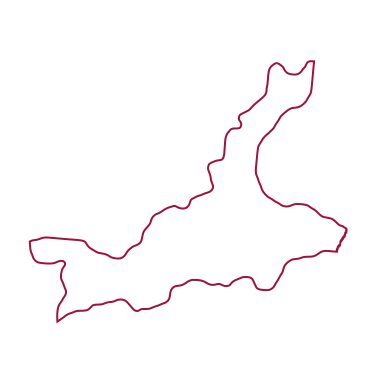 Estebania, Azua, Dominican Republic, rotated 275°
{"feature_id": "3306468B97025454858192", "entity_name": "Estebania", "entity_type": "district", "adm_level": 2, "iso_a3": "DOM", "parent_name": "Dominican Republic", "parent_adm1": "Azua", "projection": "mercator", "projection_center": [-70.626, 18.542], "detail": "fine", "context": "isolated", "style": "outline", "palette": "rose", "viewbox_px": 384, "rotation_deg": 275, "n_neighbors": 0, "source": "geoboundaries", "source_scale": "gbopen_adm2", "svg_char_len": 5794}
<svg xmlns="http://www.w3.org/2000/svg" viewBox="0 0 384 384"><g transform="rotate(275 192 192)"><path d="M145.1,341.3L145.6,341.3L145.6,341.7L147.0,341.7L147.0,341.3L147.3,341.3L147.3,341.7L148.0,341.7L148.0,342.0L149.7,342.0L149.7,342.4L150.4,342.4L150.4,342.8L150.8,342.8L150.8,343.1L151.4,343.1L151.4,343.5L151.8,343.5L151.8,343.9L152.1,343.9L152.1,344.2L155.6,344.2L155.6,344.6L156.2,344.6L156.2,344.9L156.9,344.9L156.9,345.3L157.6,345.3L157.6,345.7L158.3,345.7L158.3,346.0L158.7,346.0L158.7,346.4L159.7,346.4L159.7,346.8L160.4,346.8L160.4,347.1L160.7,347.1L160.7,347.5L161.1,347.5L161.1,347.8L162.4,347.8L162.4,348.2L164.5,348.2L164.5,348.6L165.2,348.6L165.2,349.3L167.6,349.3L167.6,348.9L169.0,348.9L170.7,345.4L170.9,345.4L171.5,342.9L172.2,341.3L173.2,339.8L176.0,336.3L176.9,334.8L177.3,334.0L177.8,332.3L178.5,326.2L178.8,324.5L179.1,323.7L179.5,322.9L180.5,321.4L183.9,317.2L184.9,315.7L186.3,312.7L188.3,309.2L188.9,307.6L189.2,305.8L189.4,303.1L189.3,299.5L189.1,296.8L188.4,294.3L186.6,290.7L186.1,289.2L185.8,287.4L185.8,285.7L186.0,284.0L186.6,282.4L188.5,278.9L189.8,275.8L191.8,272.3L193.2,269.2L194.0,267.7L195.7,265.5L198.3,263.0L200.6,261.5L203.7,260.1L207.9,257.8L211.0,256.5L214.6,254.7L216.2,254.1L219.0,253.7L221.9,253.6L236.6,253.7L241.4,253.9L243.3,254.2L244.9,254.8L248.5,256.7L251.6,258.2L253.8,259.8L260.2,265.7L262.4,267.5L263.9,268.3L267.0,269.7L270.5,271.7L273.6,273.1L275.2,274.0L277.4,275.9L279.5,277.9L281.5,280.0L282.7,281.5L283.7,283.0L284.4,284.7L285.3,288.9L285.8,290.5L286.6,292.1L287.7,293.6L289.6,295.6L291.7,297.3L292.5,297.8L295.6,299.2L299.2,301.0L300.8,301.6L301.8,301.8L305.5,302.1L332.8,302.2L332.7,299.7L332.5,298.1L331.9,296.7L331.5,296.1L330.3,295.2L326.5,293.7L324.4,292.1L321.3,290.2L320.1,289.1L319.1,287.8L318.4,286.2L318.1,285.3L317.9,283.3L317.9,280.4L318.2,278.5L318.8,276.7L319.7,275.4L320.8,274.2L322.0,273.3L323.9,272.2L324.9,271.2L326.8,268.2L327.4,266.9L327.6,266.2L327.7,265.4L327.6,264.6L327.3,263.8L326.4,262.4L324.6,260.5L323.2,259.4L321.5,258.6L320.6,258.3L318.6,257.9L315.6,257.8L306.5,257.8L301.5,257.3L298.7,257.4L297.1,257.2L295.4,256.5L293.9,255.5L292.4,254.3L285.4,247.3L283.3,245.4L278.7,241.8L277.8,240.6L273.9,234.2L272.9,233.1L271.6,232.4L270.9,232.3L269.4,232.3L268.0,232.6L267.5,233.0L265.7,234.5L264.5,235.0L263.1,235.2L262.3,235.1L261.0,234.7L260.3,234.2L259.8,233.5L259.5,232.8L259.2,231.2L258.9,227.9L258.4,226.3L258.0,225.6L257.0,224.5L253.8,222.4L252.4,221.7L250.7,221.1L248.8,220.8L245.9,220.6L232.1,220.8L229.5,220.4L227.9,219.8L227.3,219.3L226.4,218.0L225.5,214.2L225.0,212.8L222.9,208.7L222.0,207.5L221.5,206.9L220.1,206.2L219.3,206.0L217.7,205.9L216.0,206.1L215.2,206.4L211.0,208.4L209.4,209.0L205.2,210.0L203.7,210.7L201.6,211.7L200.2,212.3L198.5,212.5L197.7,212.4L196.2,211.8L194.9,210.9L193.8,209.7L193.4,209.0L191.8,205.2L189.9,201.6L188.3,197.7L185.0,192.5L184.5,192.0L183.2,191.3L180.2,190.6L178.6,190.1L177.9,189.7L176.7,188.7L175.6,187.4L175.3,186.7L174.8,185.0L174.7,182.5L175.2,180.0L176.5,176.8L176.6,176.1L176.4,174.7L174.3,169.7L173.5,168.2L172.6,166.8L169.1,162.4L168.1,160.9L166.6,157.9L165.6,156.7L164.4,155.6L163.0,154.7L161.5,154.1L157.4,153.1L155.8,152.4L154.3,151.4L150.7,148.7L148.4,147.4L147.5,147.1L145.6,146.7L140.0,146.0L138.2,145.5L137.5,145.1L136.2,144.1L135.2,142.9L134.3,141.5L132.8,138.5L131.8,137.1L129.9,135.1L128.5,133.8L127.1,132.8L122.7,130.5L121.0,128.8L120.1,127.4L119.5,125.6L119.2,122.7L119.4,119.8L120.0,117.0L121.8,113.4L122.3,111.8L122.7,109.9L123.3,104.2L123.8,102.3L127.0,95.8L127.9,94.4L129.5,92.7L132.3,90.5L132.8,90.0L133.3,89.3L133.8,87.7L134.1,85.9L134.2,82.0L134.1,69.9L134.1,55.8L134.1,52.8L133.9,49.9L133.3,47.1L131.6,43.5L131.0,41.9L129.8,37.1L128.5,34.7L121.3,35.9L118.8,36.6L115.3,38.4L113.0,39.4L111.6,40.2L109.9,41.9L109.0,43.3L108.4,45.1L108.1,47.9L108.1,52.7L108.4,57.5L109.0,60.2L109.6,61.8L111.4,65.3L112.0,67.6L111.9,69.1L111.8,69.9L111.4,70.6L110.9,71.2L110.2,71.6L109.5,71.8L108.1,71.7L106.8,71.1L104.3,69.7L102.5,69.2L99.7,68.8L96.7,68.8L94.8,69.1L93.9,69.4L92.4,70.1L89.6,71.7L86.5,73.1L83.8,74.5L82.4,75.1L80.7,75.3L79.9,75.2L78.3,74.8L74.9,73.0L71.8,71.6L68.3,69.6L66.6,69.0L65.7,68.8L62.8,68.4L58.9,68.4L55.9,68.6L51.2,69.2L54.0,72.7L57.7,76.8L59.4,79.0L60.2,80.6L61.2,82.9L63.0,86.5L63.7,88.9L64.3,94.2L64.8,96.7L65.4,98.2L66.4,99.5L67.4,100.5L69.7,102.3L70.2,102.8L70.9,104.1L71.3,105.6L72.0,110.7L72.4,112.4L74.4,116.8L74.9,118.4L75.6,121.8L76.1,123.4L77.9,127.0L78.4,128.6L78.7,130.3L78.7,132.1L78.4,133.8L77.7,135.5L76.0,137.7L70.7,143.1L69.6,144.4L68.8,146.0L68.7,146.7L68.7,148.2L69.3,149.3L70.3,150.7L70.9,152.0L71.2,153.5L71.5,157.0L72.0,159.5L72.6,161.1L74.5,164.7L76.1,168.6L77.7,171.4L79.0,174.3L79.9,175.8L81.0,176.9L81.6,177.5L83.0,178.3L83.8,178.6L85.5,178.9L90.6,179.3L92.3,179.7L93.8,180.4L95.1,181.4L96.1,182.6L96.8,184.1L98.0,189.0L98.7,190.6L99.6,192.1L102.9,196.4L103.8,198.0L104.4,199.8L104.6,201.7L104.8,204.6L104.7,207.5L104.5,209.4L103.8,212.1L101.8,216.4L101.3,218.9L101.3,220.7L101.5,222.3L102.6,225.8L102.8,227.2L102.5,228.5L101.8,230.4L101.4,231.9L101.2,233.5L101.3,235.0L101.8,236.5L102.1,237.2L102.6,237.7L104.9,239.4L106.1,240.4L107.1,241.6L108.0,243.0L111.4,249.5L112.0,252.1L112.1,254.7L111.9,257.2L111.3,258.7L110.8,259.4L109.7,260.3L102.6,264.4L102.1,264.9L101.6,265.6L101.3,266.4L101.0,267.2L100.7,269.0L100.6,272.7L100.8,275.6L101.2,277.4L101.6,278.3L102.0,279.0L103.0,280.3L104.2,281.4L104.9,281.9L108.7,283.6L112.2,285.5L115.4,286.8L118.9,288.6L120.5,289.2L125.6,290.3L127.2,291.0L129.4,292.6L130.7,293.9L131.9,295.3L132.9,296.8L133.4,297.6L133.9,299.3L134.6,302.6L135.0,304.3L136.9,308.7L137.4,311.2L138.0,316.5L138.7,319.0L139.1,319.8L140.0,321.3L143.4,325.6L144.2,327.1L144.5,328.0L144.9,329.7L145.1,331.5L145.1,337.9L145.1,341.3Z" fill="none" stroke="#9f1239" stroke-width="2"/></g></svg>